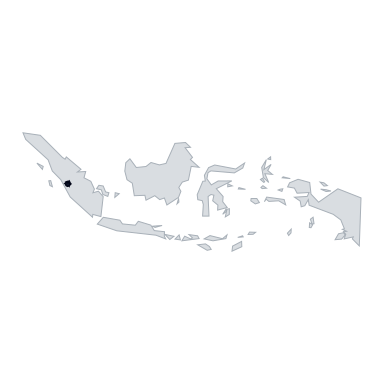 Solok Selatan, Sumatera Barat, Indonesia shown in context
{"feature_id": "22746128B25846553351835", "entity_name": "Solok Selatan", "entity_type": "district", "adm_level": 2, "iso_a3": "IDN", "parent_name": "Indonesia", "parent_adm1": "Sumatera Barat", "projection": "albers", "projection_center": [101.284, -1.364], "detail": "fine", "context": "in_parent", "style": "filled", "palette": "ink", "viewbox_px": 384, "rotation_deg": 0, "n_neighbors": 0, "source": "geoboundaries", "source_scale": "gbopen_adm2", "svg_char_len": 5150}
<svg xmlns="http://www.w3.org/2000/svg" viewBox="0 0 384 384"><path d="M129.9,158.8L136.3,167.5L146.0,166.5L151.0,162.5L159.4,164.9L166.0,163.4L174.9,143.4L185.5,142.5L190.5,147.3L185.1,147.7L192.5,157.4L190.4,159.5L199.1,167.3L191.2,166.4L188.4,180.1L182.3,182.1L178.8,187.5L180.9,191.3L178.5,197.4L166.9,205.0L164.4,198.0L159.7,199.6L154.8,195.7L146.0,200.2L144.9,195.3L134.3,195.7L132.3,183.2L127.0,179.7L124.8,171.1L125.8,162.7L129.9,158.8ZM23.0,132.8L40.3,135.3L62.4,157.4L65.1,159.2L66.3,156.9L81.0,169.3L77.4,172.0L85.7,171.5L84.0,177.8L90.8,181.3L94.4,189.1L92.9,192.8L98.4,191.2L103.2,196.6L100.9,216.6L92.8,214.4L92.5,217.2L70.2,197.0L60.8,179.7L52.3,171.0L48.1,159.8L25.7,139.4L23.0,132.8ZM361.0,197.9L359.3,245.9L352.4,238.9L353.3,236.9L344.2,238.9L345.8,234.2L343.4,231.6L344.3,231.3L345.7,231.5L346.6,231.3L342.4,229.3L344.4,228.8L340.8,219.9L333.2,214.3L309.1,205.2L308.3,199.6L304.8,205.7L301.2,206.8L300.2,201.1L294.5,197.2L307.3,196.4L309.0,192.5L297.1,193.2L294.4,188.1L287.6,186.9L289.6,182.8L298.1,179.3L309.7,182.5L311.0,194.1L318.6,202.2L337.9,188.8L361.0,197.9ZM242.8,168.0L234.3,172.9L210.9,170.9L208.0,172.7L206.9,178.8L211.3,184.9L218.1,181.0L231.8,180.9L216.3,188.7L223.1,196.5L222.7,201.7L227.2,207.5L217.6,210.1L217.9,205.1L212.7,200.8L213.9,195.2L211.0,194.5L208.1,196.5L209.0,216.1L202.6,216.1L203.3,204.5L202.2,200.6L197.8,199.7L197.2,194.7L202.8,181.3L205.3,181.0L204.4,175.3L208.6,167.6L214.7,165.0L235.7,169.0L244.6,163.0L242.8,168.0ZM103.3,217.3L119.9,220.2L122.4,223.9L135.3,225.2L138.3,221.3L150.8,225.1L154.3,230.6L164.5,231.7L164.3,236.2L165.7,238.9L156.0,235.2L116.8,230.8L97.3,224.1L103.3,217.3ZM263.9,169.6L271.1,164.4L267.7,170.5L272.4,174.4L264.9,173.7L268.7,182.5L263.4,177.6L261.7,167.4L266.3,159.7L263.9,169.6ZM266.7,197.1L284.1,199.5L285.7,204.9L278.7,200.8L268.9,201.4L266.1,199.2L264.4,201.7L266.7,197.1ZM225.9,238.6L213.0,240.8L204.1,238.9L210.0,235.6L222.5,238.7L227.0,234.9L225.9,238.6ZM189.0,234.6L197.6,235.8L199.1,238.6L181.9,240.8L184.7,236.2L190.6,238.9L192.5,237.9L189.0,234.6ZM241.6,241.4L241.8,246.7L232.0,251.2L232.6,246.1L241.6,241.4ZM103.2,186.0L105.6,191.9L108.9,192.7L107.8,196.4L102.9,194.5L101.3,189.8L96.5,188.7L98.9,185.3L103.2,186.0ZM341.6,239.1L335.1,239.7L338.5,233.8L343.5,232.7L345.1,235.0L341.6,239.1ZM205.5,243.9L209.4,246.5L211.2,249.4L207.2,250.3L197.7,244.8L205.5,243.9ZM256.8,198.5L259.4,202.6L255.3,203.9L250.8,200.8L251.1,198.5L256.8,198.5ZM164.9,234.4L174.0,236.3L169.8,239.5L164.9,234.4ZM179.1,234.9L180.4,239.9L175.0,239.1L179.1,234.9ZM119.2,193.7L114.8,197.4L115.2,192.7L119.2,193.7ZM313.1,217.2L314.0,223.7L312.0,223.9L310.4,219.2L313.1,217.2ZM162.1,225.5L155.1,227.4L152.2,226.2L162.1,225.5ZM229.4,208.7L229.3,214.5L225.3,216.9L227.0,209.2L229.4,208.7ZM36.9,163.1L43.2,166.4L42.4,169.4L36.9,163.1ZM52.4,186.7L49.9,185.5L48.8,180.8L50.7,180.6L52.4,186.7ZM288.7,235.5L287.4,233.2L291.2,229.1L291.0,232.9L288.7,235.5ZM283.1,176.8L290.3,178.6L282.2,177.8L283.1,176.8ZM238.9,187.6L245.5,189.3L238.3,189.0L238.9,187.6ZM226.2,211.5L222.7,214.3L225.9,209.2L226.2,211.5ZM320.1,182.1L323.9,182.8L327.4,185.6L324.0,186.1L320.1,182.1ZM255.6,232.3L253.1,234.3L248.1,234.5L249.5,232.1L255.6,232.3ZM312.7,224.7L311.0,227.7L309.3,227.5L309.6,222.8L312.7,224.7ZM266.5,188.2L262.2,188.6L260.9,187.5L262.9,185.7L266.5,188.2ZM320.6,189.1L326.0,189.7L331.0,191.0L326.1,191.5L320.6,189.1ZM227.9,183.8L232.3,185.9L227.7,186.8L227.9,183.8ZM270.7,159.6L267.7,159.0L270.6,156.8L270.7,159.6ZM237.7,237.4L242.6,235.8L243.2,236.9L237.7,237.4ZM282.8,188.8L281.9,191.4L278.2,190.0L280.1,189.2L282.8,188.8ZM178.9,202.1L177.0,203.9L178.6,198.3L178.9,202.1ZM262.4,178.2L264.7,181.8L263.8,182.4L260.4,179.5L262.4,178.2Z" fill="#d9dde1" stroke="#a8b0b8" stroke-width="1"/><path d="M67.2,181.7L67.2,181.8L67.3,181.9L67.3,182.0L67.5,182.2L67.6,182.3L67.7,182.5L67.8,182.5L67.7,182.6L67.7,182.8L67.5,182.7L67.4,182.7L67.2,182.6L67.1,182.4L66.9,182.4L66.8,182.2L66.7,182.2L66.4,182.0L66.4,181.9L66.2,182.0L66.1,181.9L65.9,182.0L66.1,182.2L66.1,182.3L66.1,182.6L66.0,182.8L65.9,182.9L65.8,183.0L65.6,183.0L65.4,183.1L65.2,183.2L65.1,183.3L65.2,183.5L65.3,183.6L65.3,183.8L65.2,183.8L65.3,183.9L65.4,184.0L65.5,184.0L65.5,184.3L65.6,184.5L65.8,184.5L65.8,184.8L65.9,185.0L66.0,185.0L66.1,185.3L66.1,185.5L66.3,185.6L66.4,185.8L66.5,185.8L66.9,186.0L67.0,186.0L67.3,186.2L67.5,186.3L67.7,186.2L67.8,186.2L68.0,186.1L68.3,186.1L68.5,186.0L68.8,186.1L69.0,185.9L69.1,186.0L69.1,185.9L69.1,185.7L69.3,185.5L69.4,185.4L69.5,185.3L69.6,185.2L69.8,185.1L69.8,184.9L69.9,184.7L70.0,184.5L70.0,184.4L70.1,184.2L70.1,184.3L70.2,184.2L70.2,184.3L70.3,184.3L70.3,184.2L70.5,184.1L70.7,183.9L70.8,183.9L70.8,183.7L70.7,183.7L70.4,183.5L70.3,183.4L70.2,183.4L69.9,183.4L69.8,183.5L69.8,183.4L69.8,183.2L69.7,183.2L69.4,183.0L69.4,182.9L69.3,182.7L69.2,182.6L69.3,182.5L69.2,182.5L69.1,182.4L69.0,182.2L68.9,182.2L69.0,182.0L69.0,181.9L69.2,181.7L69.2,181.4L69.3,181.3L69.3,181.2L69.2,181.0L68.9,181.3L68.7,181.3L68.5,181.5L68.5,181.8L68.5,182.0L68.4,181.9L68.4,182.0L68.2,182.0L67.9,182.0L67.7,182.1L67.5,181.9L67.4,181.8L67.4,181.7L67.2,181.7L67.2,181.7Z" fill="#0f172a" stroke="#020617" stroke-width="1.5"/></svg>